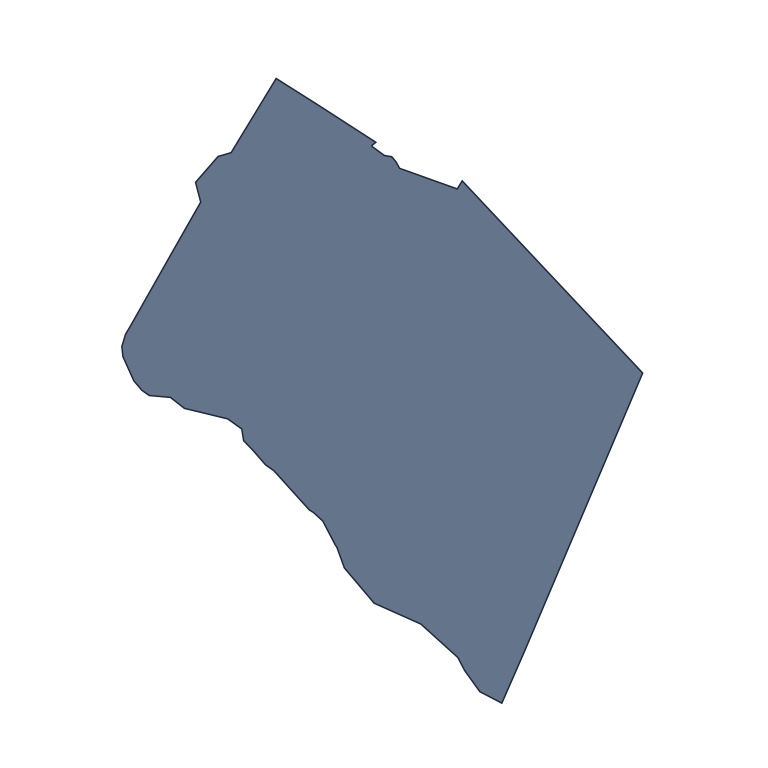 the district of Rensselaer, New York, United States of America, rotated 301°
{"feature_id": "52423323B33397436463796", "entity_name": "Rensselaer", "entity_type": "district", "adm_level": 2, "iso_a3": "USA", "parent_name": "United States of America", "parent_adm1": "New York", "projection": "equal_earth", "projection_center": [-73.547, 42.711], "detail": "fine", "context": "isolated", "style": "filled", "palette": "slate", "viewbox_px": 768, "rotation_deg": 301, "n_neighbors": 0, "source": "geoboundaries", "source_scale": "gbopen_adm2", "svg_char_len": 783}
<svg xmlns="http://www.w3.org/2000/svg" viewBox="0 0 768 768"><g transform="rotate(301 384 384)"><path d="M171.1,649.4L225.3,642.4L526.6,600.1L598.4,346.4L588.9,346.3L576.9,286.3L580.7,279.7L582.8,273.5L580.1,266.7L581.4,251.8L582.3,250.8L587.0,252.5L587.1,248.0L589.2,184.0L590.1,144.1L590.3,137.8L590.3,135.5L590.4,134.2L503.6,133.8L493.6,124.6L459.8,118.6L445.5,133.2L390.7,134.5L302.5,136.8L293.6,136.8L281.1,140.0L273.0,146.1L257.9,167.9L253.9,179.6L253.2,188.7L262.5,207.8L260.3,225.5L273.6,268.0L272.2,285.2L263.1,292.9L259.5,306.3L253.7,324.1L252.9,334.5L237.6,384.7L237.5,389.8L235.0,402.1L221.1,424.9L219.7,427.8L205.9,444.8L191.2,488.0L191.0,488.5L197.2,539.2L187.6,588.1L179.9,600.8L169.6,624.7L171.1,649.4Z" fill="#64748b" stroke="#1e293b" stroke-width="1.5"/></g></svg>